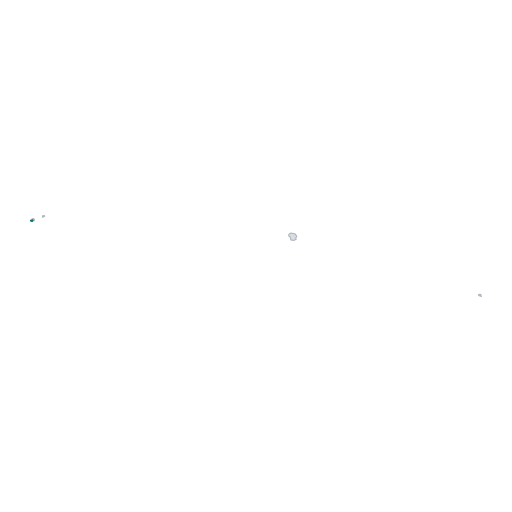 Polle, Federated States of Micronesia (highlighted)
{"feature_id": "79324940B78067123130515", "entity_name": "Polle", "entity_type": "district", "adm_level": 2, "iso_a3": "FSM", "parent_name": "Federated States of Micronesia", "parent_adm1": "", "projection": "albers", "projection_center": [151.586, 7.337], "detail": "fine", "context": "in_parent", "style": "filled", "palette": "teal", "viewbox_px": 512, "rotation_deg": 0, "n_neighbors": 0, "source": "geoboundaries", "source_scale": "gbopen_adm2", "svg_char_len": 1017}
<svg xmlns="http://www.w3.org/2000/svg" viewBox="0 0 512 512"><path d="M296.1,239.4L293.8,240.4L290.9,240.0L290.0,236.8L288.7,235.9L288.9,234.3L290.9,233.0L295.2,234.0L296.8,236.3L295.8,237.8L296.1,239.4ZM34.3,220.4L34.0,220.9L31.6,220.7L31.2,220.4L31.4,220.1L32.6,219.9L32.7,219.2L32.1,219.0L32.6,218.7L33.6,218.6L34.1,219.0L34.4,219.7L34.3,220.4ZM480.8,294.5L481.3,296.4L478.8,295.6L478.4,294.9L479.8,294.2L480.8,294.5ZM43.4,217.0L42.8,217.2L42.4,217.0L42.6,216.0L42.8,215.6L43.5,215.6L44.6,215.8L44.7,216.1L43.4,217.0Z" fill="#d9dde1" stroke="#a8b0b8" stroke-width="1"/><path d="M32.2,220.1L32.1,220.3L31.9,220.3L31.7,220.4L31.5,220.5L31.5,220.4L31.4,220.4L31.2,220.4L31.2,220.5L30.9,220.6L30.7,220.6L30.7,220.8L30.8,220.9L30.7,220.9L30.8,220.9L31.0,220.8L31.3,220.9L31.3,221.0L31.5,221.0L31.8,221.0L31.9,221.3L32.0,221.3L32.0,221.2L32.3,221.0L32.3,220.9L32.4,220.7L32.5,220.6L32.6,220.4L32.8,220.3L32.8,220.2L32.7,220.1L32.4,220.1L32.2,220.1L32.2,220.1Z" fill="#14b8a6" stroke="#0f766e" stroke-width="1.5"/></svg>